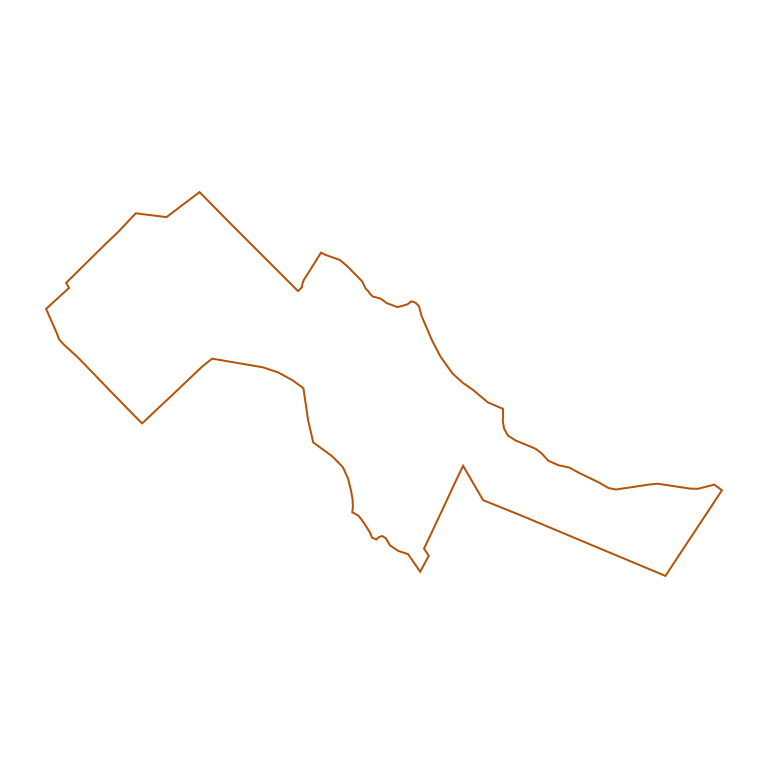 Racsa, Satu Mare, Romania (Equal Earth projection)
{"feature_id": "2599482B77905945866588", "entity_name": "Racsa", "entity_type": "district", "adm_level": 2, "iso_a3": "ROU", "parent_name": "Romania", "parent_adm1": "Satu Mare", "projection": "equal_earth", "projection_center": [23.264, 47.856], "detail": "fine", "context": "isolated", "style": "outline", "palette": "amber", "viewbox_px": 768, "rotation_deg": 0, "n_neighbors": 0, "source": "geoboundaries", "source_scale": "gbopen_adm2", "svg_char_len": 1668}
<svg xmlns="http://www.w3.org/2000/svg" viewBox="0 0 768 768"><path d="M199.5,192.1L180.6,206.4L166.5,217.1L154.3,215.6L142.2,214.1L135.8,213.3L131.3,218.0L118.5,231.6L106.0,243.5L66.2,282.8L69.0,287.9L46.1,308.9L56.7,333.0L59.2,339.5L63.8,344.6L78.1,357.6L103.2,383.6L110.3,391.1L112.6,393.4L114.8,395.7L116.3,397.2L134.6,415.9L142.1,423.4L144.3,421.4L147.3,418.5L164.2,402.5L170.5,396.7L185.3,382.6L202.6,366.2L212.0,358.7L217.9,359.6L227.7,361.3L262.8,367.3L278.2,372.4L292.7,380.4L303.4,388.2L308.1,420.2L313.2,442.4L332.1,456.2L342.9,467.2L348.1,478.7L351.2,491.4L352.6,499.7L352.9,506.8L352.3,512.3L358.5,515.7L363.0,521.6L368.2,529.6L370.1,532.7L372.0,537.6L376.2,539.5L379.2,537.0L382.0,536.0L385.7,538.1L390.1,545.5L398.4,551.0L408.0,554.1L420.2,571.7L428.8,555.7L424.0,548.7L441.0,512.7L455.3,482.0L463.1,465.8L483.1,500.2L520.9,515.4L593.2,545.7L665.4,575.9L721.9,490.3L714.3,484.6L697.9,488.8L690.0,488.6L657.6,483.7L648.7,484.6L616.8,489.4L616.0,489.5L608.6,488.1L598.5,482.3L579.2,473.0L569.2,467.5L558.6,465.3L548.3,460.7L541.5,453.3L535.6,448.8L515.4,440.4L507.9,435.5L504.1,428.6L502.8,421.3L503.1,416.6L502.9,408.8L488.0,402.5L472.9,389.8L462.9,382.9L456.3,376.9L452.6,373.6L440.7,357.0L432.3,341.0L421.7,316.3L418.9,306.1L415.4,302.6L411.3,301.3L407.5,304.3L401.8,306.0L397.4,307.1L391.0,304.7L386.5,303.0L382.8,300.2L380.6,298.6L377.0,297.6L372.6,296.5L369.8,293.5L368.1,291.0L365.7,288.7L362.7,282.6L361.9,281.0L358.2,277.3L354.1,273.2L349.0,268.0L346.7,265.7L339.8,260.0L325.3,254.8L321.1,252.6L312.4,266.4L307.6,274.0L303.8,279.9L302.6,283.1L301.9,287.3L298.0,291.1L229.4,222.5L199.5,192.1Z" fill="none" stroke="#b45309" stroke-width="2"/></svg>